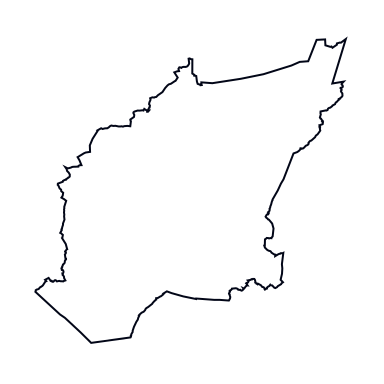 Mazapil, Zacatecas, Mexico, rotated 87°
{"feature_id": "50627088B29003489227366", "entity_name": "Mazapil", "entity_type": "district", "adm_level": 2, "iso_a3": "MEX", "parent_name": "Mexico", "parent_adm1": "Zacatecas", "projection": "natural_earth1", "projection_center": [-101.902, 24.38], "detail": "fine", "context": "isolated", "style": "outline", "palette": "ink", "viewbox_px": 384, "rotation_deg": 87, "n_neighbors": 0, "source": "geoboundaries", "source_scale": "gbopen_adm2", "svg_char_len": 5999}
<svg xmlns="http://www.w3.org/2000/svg" viewBox="0 0 384 384"><g transform="rotate(87 192 192)"><path d="M257.6,104.0L258.1,105.1L258.3,105.0L257.8,105.5L257.8,106.7L258.2,107.0L258.3,107.9L258.6,108.9L260.4,112.3L258.9,112.1L258.5,113.4L256.7,115.8L255.6,116.4L255.1,117.0L254.6,118.6L253.7,120.0L251.3,122.1L249.4,122.6L249.4,122.1L243.1,121.6L242.6,120.6L241.8,119.8L242.0,118.2L242.4,117.5L242.1,116.3L242.3,115.1L241.8,115.0L240.6,113.8L232.7,112.5L227.7,113.6L223.7,116.6L223.3,117.5L222.6,117.9L221.5,119.2L220.5,119.8L218.6,118.6L218.3,118.0L218.4,117.3L217.8,116.8L217.4,117.1L216.9,116.5L216.2,117.1L215.0,115.7L213.8,115.3L212.9,115.5L211.8,114.8L210.4,114.5L208.8,113.7L205.3,112.6L204.5,112.0L203.8,112.0L195.0,106.3L188.2,102.7L184.2,100.0L158.8,88.6L157.6,84.7L156.3,82.8L155.0,81.5L154.6,81.5L154.6,80.9L154.1,81.0L154.4,79.0L153.6,77.8L151.8,76.0L151.1,74.1L150.3,73.2L149.8,73.0L149.2,73.2L147.9,72.2L147.1,71.2L146.9,70.2L143.7,66.2L142.2,65.4L141.0,63.6L137.4,60.7L135.7,61.0L134.4,60.7L134.2,60.8L134.3,61.2L133.6,61.4L132.9,60.7L132.0,61.2L131.1,58.0L129.5,57.6L128.6,58.3L128.2,57.6L127.7,57.8L127.3,58.4L125.5,59.3L125.4,59.8L124.3,60.4L121.2,59.3L120.1,59.6L118.3,59.4L117.5,54.0L117.7,53.7L117.3,52.4L115.9,51.8L115.2,50.7L115.0,49.5L113.6,47.5L113.0,47.2L111.8,44.6L110.2,43.8L109.5,42.6L107.7,40.9L107.9,40.9L107.7,40.6L106.8,40.6L106.5,39.1L105.8,38.8L104.7,37.3L103.8,36.7L101.4,36.7L99.9,37.7L99.0,38.0L97.9,37.2L96.0,38.3L95.8,38.2L96.0,37.5L95.5,36.6L94.8,35.9L94.1,36.2L93.5,36.0L92.3,37.0L91.6,36.8L89.7,34.8L91.0,46.2L47.3,30.4L50.7,35.5L50.5,36.5L51.2,39.5L52.5,39.6L55.3,44.2L54.0,45.1L54.3,46.2L52.5,51.1L46.6,51.1L46.6,59.6L67.5,69.1L67.7,77.6L70.9,86.1L78.1,114.4L81.5,137.3L84.4,166.0L83.0,176.9L84.5,176.9L84.5,177.0L85.7,176.7L85.8,178.0L85.3,178.2L84.3,180.7L81.9,181.3L76.4,181.7L75.9,183.7L75.1,183.5L73.7,185.5L59.5,184.7L59.3,186.1L58.5,187.3L58.7,188.4L63.3,188.1L64.4,188.5L66.0,189.8L66.5,190.6L66.8,192.0L66.6,193.6L66.7,194.6L66.9,195.4L67.5,196.1L66.8,197.6L66.9,198.2L68.3,199.1L70.6,198.6L70.7,200.5L71.6,203.4L77.0,200.3L80.2,202.7L80.3,203.2L82.8,207.4L83.3,209.5L84.3,210.9L86.7,213.3L90.7,216.3L93.6,221.0L95.2,222.7L95.4,224.3L95.7,224.8L95.4,226.7L96.2,228.9L97.4,228.6L98.2,228.8L100.1,229.8L102.0,230.3L103.4,229.5L104.0,229.6L105.3,230.2L105.5,230.1L105.7,230.6L105.7,230.4L108.0,231.8L108.2,230.5L109.5,231.7L109.5,232.6L108.1,232.6L107.8,233.6L106.5,235.3L108.1,236.2L107.8,237.1L108.0,240.2L107.8,242.0L108.7,245.4L109.4,246.3L110.1,246.4L112.0,245.6L114.0,246.0L116.4,249.8L117.7,249.7L118.1,249.3L123.1,250.2L122.6,253.1L122.7,256.3L123.1,257.5L122.7,258.9L122.8,260.2L122.7,261.9L121.9,264.9L121.9,267.2L121.4,269.1L122.0,270.5L123.0,271.6L123.9,273.2L123.9,275.7L124.4,278.0L123.6,279.4L125.5,283.2L125.8,282.9L133.7,288.5L140.1,291.6L146.6,291.7L147.0,296.1L147.7,297.9L151.2,304.4L154.5,302.7L159.4,301.0L159.4,302.9L160.1,304.1L160.7,304.2L160.6,309.6L160.9,310.9L161.3,311.7L161.8,314.1L161.8,315.1L160.6,317.2L162.6,316.0L164.5,315.6L166.2,314.1L168.2,313.1L170.2,313.3L171.0,314.3L171.2,315.0L171.6,315.2L172.1,316.2L172.8,316.9L172.8,317.2L173.1,317.2L173.4,318.8L174.2,320.3L175.0,320.5L176.6,325.5L177.9,325.7L178.5,325.1L181.5,324.0L182.8,322.6L184.4,322.5L186.0,320.7L188.9,321.3L190.8,322.7L192.4,320.2L194.2,318.1L200.3,320.4L201.5,320.3L202.5,320.7L204.0,320.6L205.7,320.9L207.9,320.7L209.6,321.0L212.9,320.8L216.8,322.5L218.0,322.5L220.5,323.5L221.5,323.7L222.1,323.9L222.2,324.2L222.9,324.4L223.3,324.1L225.9,325.7L226.2,325.1L228.1,323.2L231.0,323.9L231.2,324.2L237.3,320.8L242.4,319.7L242.4,320.0L243.4,320.6L244.6,321.8L245.0,321.9L245.3,321.6L245.4,321.2L245.7,321.1L246.7,321.3L247.7,322.2L251.2,321.9L251.7,321.5L251.9,321.6L252.0,321.3L252.6,321.3L254.0,322.5L255.7,322.8L256.6,323.2L257.7,324.7L258.7,324.9L259.6,325.6L260.1,325.5L260.9,325.8L261.3,326.4L262.1,326.3L262.9,325.6L263.1,325.7L263.2,325.1L264.2,324.6L264.8,324.5L265.8,324.7L266.5,325.2L267.5,325.3L267.3,325.6L268.2,325.5L268.5,325.0L269.8,324.3L271.4,324.2L273.7,323.1L274.3,325.2L274.5,325.3L274.2,328.1L273.8,329.3L274.2,331.6L273.0,332.7L272.9,333.3L273.1,333.9L274.1,334.9L274.4,335.4L274.3,336.0L273.6,337.4L273.2,337.1L272.8,338.1L270.3,339.7L272.0,343.3L273.4,342.2L273.7,342.9L274.0,343.3L277.3,345.7L278.0,346.4L278.8,347.9L279.0,348.0L279.4,349.0L280.6,349.9L281.1,351.0L281.3,352.2L281.9,353.2L283.0,353.3L283.5,353.6L307.4,330.2L311.0,325.5L326.5,310.5L337.4,300.6L334.0,261.0L333.2,260.5L332.5,260.7L332.0,260.2L330.9,260.1L328.7,258.6L327.4,258.5L323.6,257.0L318.6,254.3L316.6,252.8L314.9,252.3L312.9,251.2L312.7,251.4L312.4,251.0L311.9,251.1L309.9,248.6L309.0,246.5L307.5,245.0L306.4,244.5L305.5,243.6L304.7,242.0L301.6,237.6L300.8,237.1L298.8,235.1L298.3,234.3L297.8,234.0L297.5,233.3L296.2,233.4L296.0,231.6L294.7,229.2L294.5,228.5L293.1,226.5L292.0,225.4L291.8,225.7L289.9,222.3L291.9,217.7L295.8,206.2L299.1,193.5L298.6,193.4L300.9,175.3L301.2,169.8L302.3,161.0L302.3,160.8L300.5,159.7L299.6,159.4L298.7,159.3L297.0,159.8L296.3,159.7L295.8,160.3L295.2,160.4L293.7,159.4L293.4,159.3L293.3,159.6L292.8,159.7L292.4,159.3L292.0,158.3L291.2,157.4L290.6,157.2L290.4,153.2L291.1,151.5L292.0,151.0L292.3,149.3L292.2,148.9L293.1,147.9L292.9,146.9L291.6,145.5L290.7,146.0L290.9,145.6L290.7,144.6L289.1,143.3L288.8,142.8L288.2,142.4L288.1,142.2L288.2,141.4L287.6,141.8L286.9,141.9L286.0,142.7L285.6,142.2L285.5,141.2L284.9,140.6L284.1,140.2L283.2,140.9L282.8,138.1L282.4,137.3L282.4,136.8L282.2,136.8L282.3,136.2L282.0,135.9L282.0,135.0L282.1,134.3L282.9,133.8L284.7,133.4L285.7,133.6L286.0,133.0L287.0,132.4L286.9,131.4L287.6,131.2L287.3,130.4L288.7,128.1L290.5,126.8L290.8,125.5L291.9,124.7L292.9,124.6L293.3,124.3L292.4,122.8L292.3,122.2L291.6,122.3L290.6,121.2L290.0,119.8L288.8,118.8L289.2,118.6L289.5,116.8L291.9,114.8L292.3,113.8L292.0,113.2L291.5,112.1L290.5,111.2L288.7,107.8L287.8,107.3L286.9,105.9L284.3,108.1L278.4,106.4L273.0,105.8L268.8,106.0L257.6,104.0Z" fill="none" stroke="#020617" stroke-width="2"/></g></svg>